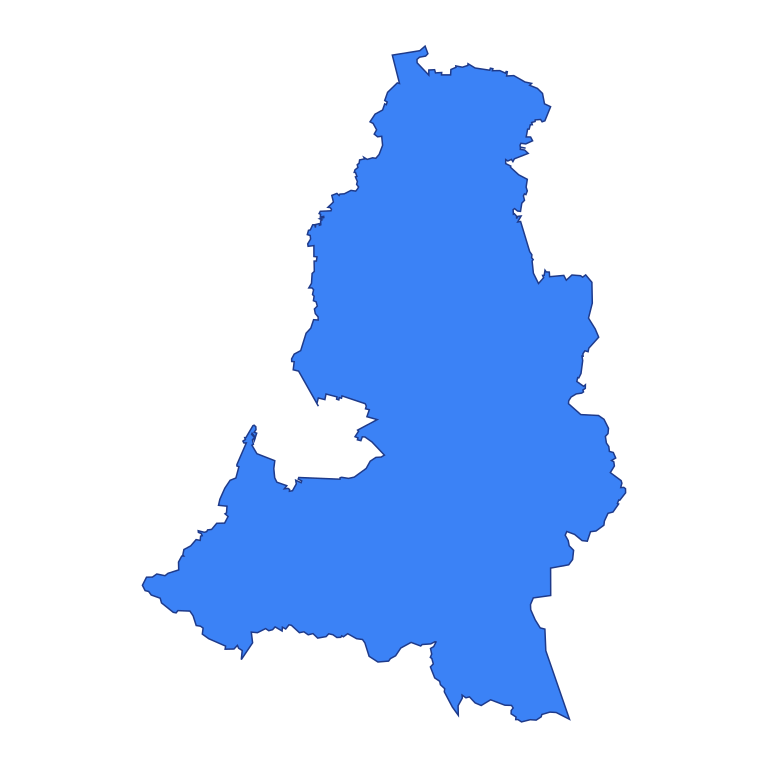 Cocula, Jalisco, Mexico (Albers equal-area conic projection)
{"feature_id": "50627088B61483456633974", "entity_name": "Cocula", "entity_type": "district", "adm_level": 2, "iso_a3": "MEX", "parent_name": "Mexico", "parent_adm1": "Jalisco", "projection": "albers", "projection_center": [-103.833, 20.404], "detail": "fine", "context": "isolated", "style": "filled", "palette": "blue", "viewbox_px": 768, "rotation_deg": 0, "n_neighbors": 0, "source": "geoboundaries", "source_scale": "gbopen_adm2", "svg_char_len": 6092}
<svg xmlns="http://www.w3.org/2000/svg" viewBox="0 0 768 768"><path d="M569.5,719.3L545.8,650.7L544.9,629.1L540.2,627.9L535.2,619.9L530.7,609.7L530.5,604.5L533.3,597.9L550.7,595.5L550.6,568.1L568.7,564.8L572.6,559.5L573.6,550.3L569.2,545.8L568.2,540.6L565.2,535.2L566.8,531.5L574.6,534.4L582.1,540.6L587.3,541.2L590.5,531.7L596.0,531.0L603.9,525.2L604.4,521.1L608.0,513.3L613.0,512.0L618.6,504.0L617.4,503.5L618.7,500.0L619.8,500.2L625.6,492.8L625.5,488.7L623.8,487.4L620.7,487.6L621.9,483.2L621.1,480.6L610.3,472.6L614.4,466.0L613.8,461.8L611.5,460.5L615.7,458.0L613.3,452.5L609.4,451.4L608.8,446.5L606.4,443.0L605.4,436.4L608.0,433.6L608.5,428.3L604.0,419.3L598.5,415.5L580.8,414.6L568.5,403.7L568.7,400.8L571.1,397.0L576.3,393.9L581.7,393.1L583.5,391.9L582.9,390.0L585.3,388.4L585.4,384.8L583.6,386.3L576.8,381.5L577.7,377.6L578.8,377.9L581.0,373.5L582.7,360.6L582.0,356.1L583.1,356.2L582.9,353.7L584.9,350.8L588.1,351.7L588.8,348.2L598.7,337.2L595.2,328.9L588.5,318.1L592.3,303.1L591.9,282.3L585.7,274.9L582.6,277.2L580.6,275.7L571.9,275.0L566.3,280.2L563.8,275.4L549.6,276.7L549.3,272.1L546.2,271.9L545.0,270.2L544.2,275.3L542.6,275.4L543.6,277.7L538.5,283.5L533.4,273.2L532.1,261.0L533.2,259.6L531.6,257.7L531.9,254.8L529.7,251.6L520.6,221.5L517.7,222.0L521.1,216.0L518.0,216.3L516.5,218.6L516.7,216.3L514.3,213.7L513.4,214.2L513.1,209.7L514.6,208.6L517.5,211.0L520.5,211.4L521.8,203.2L524.5,200.3L523.4,195.9L524.4,193.9L525.9,194.6L527.3,190.9L526.1,187.1L527.3,179.3L518.7,174.8L510.5,167.3L510.8,166.1L505.7,163.6L505.7,159.6L507.8,161.0L511.4,159.4L512.9,161.6L514.4,158.8L528.2,153.4L524.6,150.0L520.3,149.4L520.4,147.4L525.6,148.1L520.3,147.1L520.0,145.2L520.9,143.3L525.8,143.9L532.6,140.8L530.6,137.0L526.2,136.9L527.6,129.2L529.2,129.1L530.3,124.8L532.3,124.7L531.6,122.5L535.1,121.5L535.2,119.9L540.6,119.5L542.1,121.8L544.9,120.8L550.6,106.7L544.5,103.8L542.5,93.4L537.4,88.4L529.6,85.3L531.6,83.4L525.0,82.0L513.8,75.6L506.6,76.0L507.3,71.7L506.2,71.5L505.4,73.1L499.8,70.6L492.4,70.7L492.9,68.7L490.4,68.2L489.7,70.2L475.1,68.0L468.0,63.7L467.9,65.4L462.4,67.2L455.8,65.9L456.0,67.3L450.9,69.5L450.6,74.9L441.5,74.9L441.7,72.5L435.5,72.9L434.6,69.7L428.8,70.0L428.8,75.1L417.1,62.8L417.0,59.4L419.5,57.2L425.6,56.1L427.9,53.7L425.1,46.1L419.8,50.7L392.3,55.1L399.5,83.5L397.3,82.9L387.6,92.3L384.7,100.5L387.2,102.0L386.3,104.7L384.7,103.9L382.6,110.0L375.1,114.1L370.0,121.8L373.1,123.4L376.6,129.8L374.2,134.1L377.6,136.8L381.7,136.3L382.6,145.3L379.1,154.5L375.8,158.3L372.6,157.8L367.2,159.4L363.9,157.4L364.6,158.9L359.6,159.9L359.1,163.2L357.2,164.7L357.9,167.5L355.0,169.8L354.2,172.4L355.5,172.5L356.9,176.4L355.4,176.9L357.4,181.5L356.6,184.4L358.6,187.0L357.4,189.1L355.7,191.1L351.0,190.4L344.3,193.8L339.9,194.1L339.1,195.5L336.9,193.4L331.8,195.4L333.4,202.0L327.9,207.3L330.1,207.6L331.5,209.2L331.0,210.8L320.3,211.3L319.1,213.6L320.6,214.3L320.3,217.0L323.7,216.4L323.8,217.6L319.6,218.8L322.0,219.9L320.6,220.9L320.8,224.8L319.4,225.3L319.4,223.6L315.7,224.5L315.4,227.6L314.8,224.7L312.7,224.8L310.3,229.9L308.5,230.3L307.3,234.6L310.2,235.5L310.6,239.0L307.7,243.9L308.1,246.3L313.9,245.6L313.9,256.5L317.0,256.9L316.4,261.0L314.1,261.1L314.3,271.4L312.1,273.5L311.5,283.3L308.8,287.9L311.9,287.9L313.6,289.7L312.5,294.5L314.1,296.2L313.4,300.7L316.1,301.8L317.3,306.1L314.4,309.0L315.3,313.6L318.1,316.9L318.2,320.0L313.6,319.7L310.8,328.1L306.1,333.2L300.7,350.6L294.2,354.1L291.6,358.9L291.7,361.5L294.2,361.7L293.2,369.8L298.6,371.1L318.4,406.2L316.9,403.6L318.3,398.0L324.9,399.6L326.0,394.0L337.0,396.9L336.6,399.2L338.8,399.9L339.3,397.6L341.5,398.2L342.0,395.9L365.2,403.7L366.3,406.0L365.5,408.8L369.3,409.7L366.9,416.7L377.2,419.6L357.6,430.1L358.6,431.2L355.0,436.7L358.0,437.9L357.4,439.8L360.9,440.7L362.3,436.8L365.0,437.0L371.9,441.9L384.4,455.1L381.1,457.1L375.9,457.4L370.2,461.2L366.2,468.4L354.3,477.1L348.5,478.4L341.7,477.3L340.1,477.7L340.0,479.2L298.8,477.5L298.2,479.1L301.7,480.8L301.1,482.7L295.7,480.2L296.3,483.9L294.9,486.4L292.5,490.7L289.4,491.3L289.6,489.5L288.0,488.4L284.3,488.8L286.8,485.7L276.9,482.2L274.7,477.8L273.8,468.6L274.8,460.7L256.9,453.7L251.9,445.2L253.4,444.3L252.4,439.8L253.9,438.2L254.4,440.4L255.2,438.1L251.6,434.4L252.1,433.3L255.3,437.4L256.7,433.2L254.2,432.2L256.0,429.7L255.8,426.7L254.1,425.2L252.9,425.7L245.9,437.6L244.7,437.6L245.4,439.5L242.9,441.1L243.9,443.0L246.3,442.9L236.9,464.6L236.9,466.0L238.9,466.7L235.9,478.0L230.1,480.3L224.8,488.2L219.9,499.2L218.5,505.3L227.0,506.2L226.5,512.9L225.0,513.8L228.1,516.5L224.6,523.1L216.7,523.3L211.6,529.4L207.6,529.9L206.7,531.6L204.3,532.3L198.2,530.7L198.4,532.4L201.2,533.5L202.2,535.7L200.6,536.1L200.2,540.4L196.1,539.6L190.7,545.9L183.9,549.5L182.8,555.1L183.7,556.0L181.7,556.1L178.5,562.1L178.7,569.9L168.0,573.3L165.0,575.7L156.8,574.0L152.4,577.1L146.5,577.2L142.4,585.3L145.1,590.6L148.7,591.5L151.2,595.0L160.2,598.2L161.5,602.9L173.2,612.3L176.1,612.9L177.9,610.6L189.9,611.1L193.1,615.8L196.2,625.5L200.5,626.2L203.1,628.1L202.3,634.1L208.7,638.7L225.6,646.1L225.1,649.2L234.0,649.0L237.4,645.4L238.6,648.2L242.2,650.5L241.3,659.6L252.6,642.8L251.3,632.1L257.4,632.7L265.6,628.6L268.8,630.7L272.6,629.7L275.1,626.9L282.1,631.0L282.4,627.2L285.7,629.0L289.0,624.8L291.4,625.3L299.4,632.7L303.9,631.8L308.2,634.8L313.0,633.6L317.7,638.1L326.1,636.6L328.7,633.8L332.9,634.7L336.9,637.5L340.8,637.3L341.7,635.8L343.4,636.8L347.7,633.7L356.6,638.7L362.5,639.5L364.9,642.9L369.1,656.3L377.9,662.0L388.6,661.1L390.4,658.6L395.6,655.8L400.8,648.0L411.1,642.4L420.7,646.0L422.2,644.5L430.7,643.9L435.0,641.7L436.0,642.0L433.7,646.6L430.5,648.5L431.7,654.1L430.3,657.4L431.8,658.5L433.3,663.9L430.4,666.9L434.7,677.9L439.7,681.3L440.4,684.7L444.7,688.7L444.3,691.8L452.4,707.1L458.3,715.3L458.1,705.7L462.3,698.1L462.1,695.1L465.9,697.8L469.5,696.9L475.1,702.9L481.2,705.5L490.6,699.8L504.9,705.2L511.5,705.4L513.2,708.0L511.2,710.4L511.1,713.8L516.0,717.0L515.7,719.6L518.0,719.6L521.5,721.9L530.2,719.7L536.2,720.1L541.2,716.8L541.8,714.5L549.9,712.1L556.2,712.5L569.5,719.3Z" fill="#3b82f6" stroke="#1e3a8a" stroke-width="1.5"/></svg>